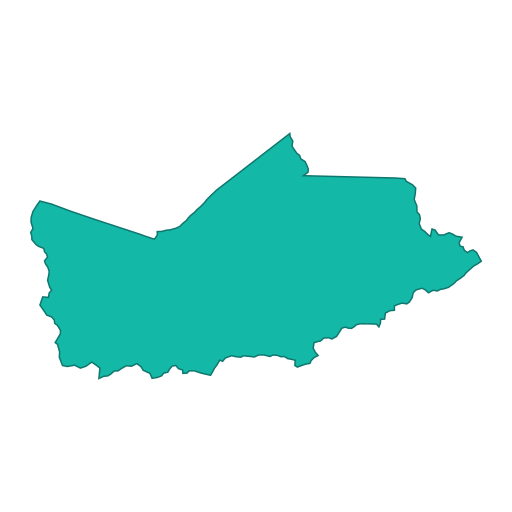 the district of Tunas do Paraná, Paraná, Brazil
{"feature_id": "56859067B8300212409648", "entity_name": "Tunas do Paraná", "entity_type": "district", "adm_level": 2, "iso_a3": "BRA", "parent_name": "Brazil", "parent_adm1": "Paraná", "projection": "robinson", "projection_center": [-48.893, -24.939], "detail": "fine", "context": "isolated", "style": "filled", "palette": "teal", "viewbox_px": 512, "rotation_deg": 0, "n_neighbors": 0, "source": "geoboundaries", "source_scale": "gbopen_adm2", "svg_char_len": 2839}
<svg xmlns="http://www.w3.org/2000/svg" viewBox="0 0 512 512"><path d="M51.3,204.0L39.9,201.0L37.1,204.9L33.0,211.4L31.2,217.3L31.0,222.0L33.0,228.5L30.7,232.5L31.8,236.1L31.9,239.7L36.2,244.7L38.7,246.4L43.8,248.4L44.6,251.9L46.6,254.0L47.5,257.1L44.5,260.9L45.5,263.8L47.9,267.4L49.2,271.7L48.7,275.2L47.6,280.3L49.7,287.3L51.6,290.2L49.2,292.9L48.4,297.4L42.7,296.9L39.9,305.0L45.1,312.5L46.7,315.1L51.6,316.9L54.3,320.0L54.7,323.3L57.4,325.3L60.5,330.4L60.3,333.9L55.2,342.6L57.5,344.3L59.6,351.9L59.3,357.2L62.5,365.5L67.3,366.5L74.6,365.2L80.4,368.1L86.0,366.2L91.7,362.1L96.4,365.3L99.9,368.1L99.4,373.1L98.9,378.5L103.7,376.3L107.8,375.9L110.9,374.0L114.2,371.0L118.0,370.9L121.5,368.5L126.3,365.8L131.5,366.2L136.9,363.6L141.0,366.7L143.2,370.3L150.0,373.4L152.1,378.3L157.1,377.5L161.5,375.9L163.8,373.1L167.8,372.2L169.8,368.8L172.3,366.0L175.8,365.5L178.5,368.7L182.6,370.0L182.9,373.4L187.0,373.1L189.2,370.9L194.1,370.8L201.5,373.2L205.4,374.1L210.6,375.3L214.7,367.9L216.7,365.3L219.8,360.1L222.6,361.3L225.4,357.9L231.8,355.7L235.8,356.7L240.9,357.2L243.4,355.8L250.6,356.5L254.3,357.0L258.7,355.0L264.2,355.0L270.0,356.5L273.1,355.0L277.6,355.4L280.7,356.7L284.6,356.6L287.6,358.6L292.4,359.5L295.2,360.3L294.9,365.5L297.4,367.1L301.4,365.6L305.4,364.2L309.9,363.4L311.2,360.5L314.1,357.6L318.1,355.5L315.3,352.2L313.2,348.2L314.0,342.7L317.9,341.5L320.5,341.0L323.7,338.1L329.0,337.7L331.8,339.0L336.5,336.5L339.4,332.1L341.8,328.2L345.4,327.1L348.0,328.1L351.5,328.4L353.9,326.9L356.7,324.6L360.2,323.8L370.6,323.9L376.5,324.1L378.9,326.9L380.4,323.3L380.7,319.3L384.6,319.1L385.4,313.1L389.9,310.7L394.4,310.3L394.4,305.9L397.7,304.5L402.0,303.1L406.8,303.9L409.4,302.0L412.2,297.6L413.1,293.0L415.6,290.2L419.2,288.9L422.5,288.3L425.7,290.2L428.5,292.8L433.1,290.2L437.3,291.0L440.1,289.5L443.8,288.8L448.4,287.4L453.8,283.6L456.6,280.7L460.3,278.3L464.0,275.5L466.1,272.8L470.2,269.1L474.0,265.8L477.3,264.0L481.3,261.2L476.4,252.3L473.0,249.9L470.0,250.9L467.5,252.6L464.3,250.3L463.1,246.9L459.9,246.0L459.2,242.5L462.1,237.2L456.1,236.2L452.4,234.0L449.1,232.7L443.6,235.0L438.5,234.9L435.0,230.0L432.0,229.0L430.5,236.4L427.8,234.5L424.6,231.3L421.4,229.2L419.2,223.6L420.3,218.6L419.5,214.7L417.0,211.9L416.8,205.9L414.2,199.5L415.3,193.5L415.7,188.1L412.5,184.8L406.3,181.3L404.9,178.7L395.1,178.0L303.4,175.7L308.1,172.1L308.2,168.7L306.6,164.8L305.1,161.6L300.8,158.8L299.5,155.2L297.0,153.5L294.6,150.1L292.0,146.2L292.8,141.1L290.2,136.8L289.8,133.5L216.2,190.4L214.0,192.6L211.0,195.4L206.9,199.5L204.5,202.6L200.7,206.5L197.1,209.5L194.7,212.2L190.3,215.7L188.1,218.2L186.3,220.6L182.9,223.3L179.7,226.5L176.0,228.2L170.3,229.8L166.3,230.2L162.0,231.4L157.2,231.6L157.4,235.0L154.4,239.2L144.7,236.0L140.1,234.3L97.1,220.2L70.3,211.1L51.3,204.0Z" fill="#14b8a6" stroke="#0f766e" stroke-width="1.5"/></svg>